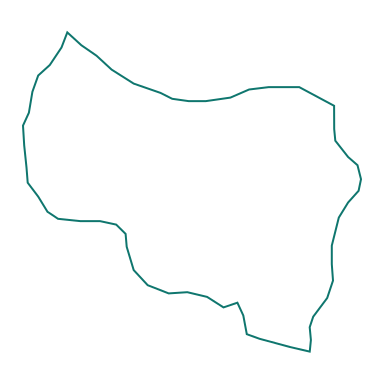 Tumpat, Kelantan, Malaysia (Albers equal-area conic projection)
{"feature_id": "92858781B54418175160244", "entity_name": "Tumpat", "entity_type": "district", "adm_level": 2, "iso_a3": "MYS", "parent_name": "Malaysia", "parent_adm1": "Kelantan", "projection": "albers", "projection_center": [102.164, 6.167], "detail": "fine", "context": "isolated", "style": "outline", "palette": "teal", "viewbox_px": 384, "rotation_deg": 0, "n_neighbors": 0, "source": "geoboundaries", "source_scale": "gbopen_adm2", "svg_char_len": 826}
<svg xmlns="http://www.w3.org/2000/svg" viewBox="0 0 384 384"><path d="M334.1,105.8L299.2,87.1L268.9,87.1L249.1,89.5L230.4,97.6L206.0,101.1L188.5,101.1L172.2,98.8L160.5,92.9L133.7,83.6L111.6,69.6L96.5,55.7L81.3,45.2L67.3,32.4L61.5,47.5L49.8,65.0L38.2,75.5L32.4,91.8L28.9,112.7L23.0,125.6L24.2,145.4L26.5,167.5L27.7,182.7L38.2,196.6L47.5,211.8L53.9,216.0L58.0,218.8L80.1,221.1L99.9,221.1L116.2,224.6L125.6,233.9L126.7,246.8L133.7,270.1L147.7,285.2L168.7,293.4L187.3,292.2L207.1,296.9L223.5,307.4L237.4,302.7L243.3,315.5L246.8,334.2L259.6,338.8L289.9,347.0L309.7,351.6L309.9,350.1L310.9,340.0L309.7,327.2L313.2,316.7L327.2,298.0L333.0,280.6L331.8,264.2L331.8,245.6L338.8,217.6L348.1,202.5L358.6,190.8L361.0,179.2L357.5,165.2L348.1,157.0L335.3,140.7L334.2,129.1L334.1,105.8Z" fill="none" stroke="#0f766e" stroke-width="2"/></svg>